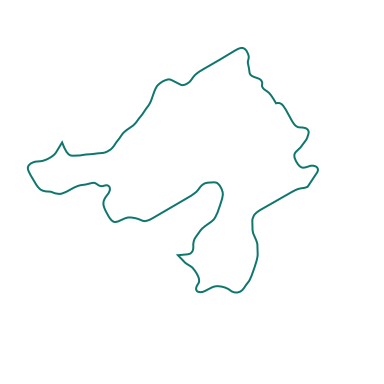 Jamao al Norte, Espaillat, Dominican Republic, rotated 60°
{"feature_id": "3306468B95520457943603", "entity_name": "Jamao al Norte", "entity_type": "district", "adm_level": 2, "iso_a3": "DOM", "parent_name": "Dominican Republic", "parent_adm1": "Espaillat", "projection": "natural_earth1", "projection_center": [-70.445, 19.588], "detail": "fine", "context": "isolated", "style": "outline", "palette": "teal", "viewbox_px": 384, "rotation_deg": 60, "n_neighbors": 0, "source": "geoboundaries", "source_scale": "gbopen_adm2", "svg_char_len": 3722}
<svg xmlns="http://www.w3.org/2000/svg" viewBox="0 0 384 384"><g transform="rotate(60 192 192)"><path d="M245.3,89.3L237.5,73.6L236.2,72.1L235.3,71.6L234.4,71.4L233.4,71.4L232.4,71.7L231.4,72.3L229.8,73.9L228.6,76.1L227.6,80.8L226.8,83.1L226.2,84.1L225.3,84.9L224.3,85.5L223.2,85.9L220.8,86.4L217.1,86.5L213.5,86.0L211.3,85.0L210.4,84.2L209.7,83.1L209.2,82.0L207.7,75.8L203.8,66.8L202.7,65.2L199.9,62.1L198.5,61.0L197.7,60.7L195.8,60.6L193.9,61.4L193.1,62.1L191.6,63.8L189.4,67.1L188.7,67.9L186.8,69.0L184.6,69.6L180.9,69.9L167.7,69.6L162.8,69.9L160.6,70.5L158.8,71.7L157.8,73.2L157.2,74.9L152.5,74.9L147.8,75.2L144.5,75.8L142.5,76.6L139.1,78.2L137.3,78.6L135.6,78.5L134.9,78.2L133.1,76.9L131.7,76.3L130.0,76.3L129.1,76.5L127.3,77.4L123.2,80.9L121.4,82.1L119.5,82.8L117.7,82.6L113.3,80.8L108.4,79.2L106.8,78.3L104.9,76.4L103.4,75.3L102.4,74.9L100.2,74.4L96.8,74.2L94.7,74.7L93.7,75.2L92.7,76.0L92.0,77.0L91.6,78.1L91.1,80.5L91.0,84.4L91.3,101.4L91.3,119.9L91.4,125.5L91.7,128.2L92.2,130.9L93.0,133.2L94.8,137.2L95.5,139.4L95.7,141.7L95.6,144.1L95.0,146.2L94.5,147.1L93.8,147.9L84.9,153.7L83.4,155.0L82.7,156.1L82.3,157.2L81.8,159.7L81.6,162.3L81.8,165.1L82.3,167.8L82.7,169.1L84.0,171.5L86.3,174.6L92.3,181.6L93.8,183.7L95.1,185.9L97.0,190.3L100.0,196.4L101.7,200.9L104.0,206.1L105.0,209.8L105.7,218.0L106.5,222.0L107.4,224.2L109.3,228.2L111.1,232.7L113.1,236.7L113.9,238.8L114.5,241.2L114.6,245.0L114.3,247.5L113.6,249.7L111.2,254.8L109.4,259.2L106.4,265.3L104.3,270.8L101.3,276.5L100.2,278.2L99.5,279.0L97.7,280.0L94.6,280.6L90.1,280.5L84.1,279.7L90.0,290.4L90.8,292.9L91.2,295.6L91.3,298.4L91.2,301.2L90.5,305.3L89.7,307.6L87.4,312.5L86.9,314.7L86.7,317.0L86.8,318.1L87.4,320.3L88.1,321.3L89.0,322.1L90.0,322.6L92.1,323.1L96.9,323.4L108.3,323.2L110.8,322.9L113.2,322.3L114.4,321.8L116.1,320.7L118.3,318.4L121.1,314.2L124.8,311.1L126.8,308.6L127.9,306.7L128.3,305.4L128.7,302.8L129.0,300.1L129.2,291.8L129.7,287.8L130.3,285.4L132.4,280.2L134.3,273.7L135.3,272.0L136.0,271.3L139.9,269.3L141.2,268.2L142.1,266.7L143.1,263.3L143.5,262.5L144.1,261.8L145.0,261.3L145.9,261.0L146.8,261.0L147.8,261.3L149.4,262.3L151.2,264.6L153.4,269.7L154.5,271.5L155.9,273.2L156.8,273.9L158.8,275.1L161.1,275.7L163.5,276.1L167.1,276.3L171.9,276.4L174.2,276.2L176.4,275.8L178.4,274.9L179.2,274.1L179.8,273.1L180.5,270.9L181.3,263.3L181.9,260.7L182.4,259.5L183.7,257.4L186.0,254.5L188.5,252.0L191.8,249.5L193.2,248.1L193.8,247.1L194.5,244.7L194.9,242.2L195.0,238.0L194.8,194.8L194.4,190.6L194.0,187.9L193.2,185.6L191.9,182.6L191.2,180.6L190.9,178.2L190.9,177.0L191.1,175.8L191.8,173.7L194.6,168.1L195.9,166.4L196.9,165.7L197.9,165.3L200.2,164.8L203.8,164.8L207.4,165.5L209.7,166.6L212.7,169.1L217.2,174.0L222.5,180.1L225.5,184.5L226.7,186.9L227.3,189.6L228.1,197.8L228.8,201.8L229.6,204.0L232.9,211.3L234.0,213.3L235.4,215.0L237.8,217.0L240.4,218.4L242.0,219.5L243.3,220.9L244.2,222.7L244.4,223.7L244.4,224.8L243.9,226.7L239.7,235.8L249.8,233.3L251.8,232.4L255.5,230.4L257.6,229.5L261.2,228.9L264.8,228.7L268.4,228.9L270.7,229.4L271.7,229.8L273.5,230.9L274.0,231.6L275.8,234.8L277.0,236.2L277.6,236.7L278.4,237.1L279.4,237.3L280.3,237.2L281.2,236.8L281.9,236.2L283.1,234.6L283.9,232.6L284.2,230.2L284.5,224.1L284.7,221.5L285.3,219.1L286.4,216.8L288.6,213.8L291.2,211.2L294.1,209.1L297.9,207.3L299.6,206.0L300.3,205.2L301.5,203.4L301.9,202.4L302.4,200.0L302.1,197.6L301.4,195.5L299.5,191.6L297.7,187.2L296.3,185.0L293.9,181.8L288.6,175.6L284.1,170.7L281.2,168.0L279.2,166.5L269.7,161.4L266.4,160.6L258.5,159.7L255.4,158.7L247.0,154.1L246.1,153.5L244.6,151.9L243.3,150.1L242.8,149.0L242.1,146.5L241.7,142.5L241.9,105.0L242.1,101.0L242.5,98.4L243.2,96.1L244.7,92.3L245.0,91.0L245.3,89.3Z" fill="none" stroke="#0f766e" stroke-width="2"/></g></svg>